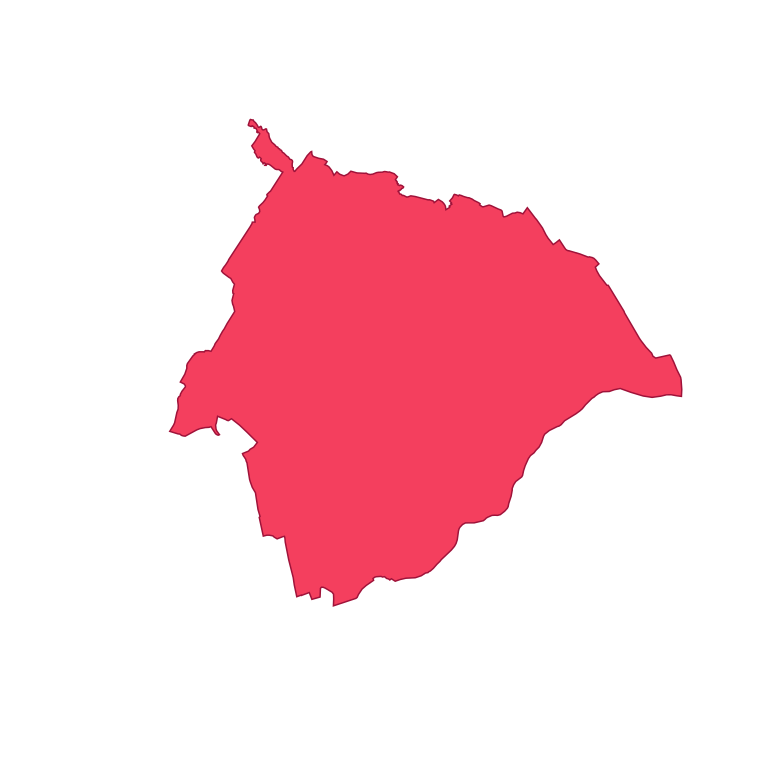 Leordeni, Arges, Romania (Equal Earth projection), rotated 303°
{"feature_id": "2599482B56240389829929", "entity_name": "Leordeni", "entity_type": "district", "adm_level": 2, "iso_a3": "ROU", "parent_name": "Romania", "parent_adm1": "Arges", "projection": "equal_earth", "projection_center": [25.165, 44.787], "detail": "fine", "context": "isolated", "style": "filled", "palette": "rose", "viewbox_px": 768, "rotation_deg": 303, "n_neighbors": 0, "source": "geoboundaries", "source_scale": "gbopen_adm2", "svg_char_len": 6171}
<svg xmlns="http://www.w3.org/2000/svg" viewBox="0 0 768 768"><g transform="rotate(303 384 384)"><path d="M508.9,584.6L511.5,595.6L515.1,607.9L518.8,616.1L524.5,622.7L528.8,626.8L531.4,630.7L533.6,636.0L535.6,640.2L541.6,636.7L549.4,630.8L551.2,629.1L555.5,621.8L560.2,615.0L563.6,609.4L564.0,608.7L564.0,607.8L553.7,597.7L553.8,594.4L555.6,591.7L557.5,583.9L560.2,576.2L561.4,573.3L574.6,547.1L575.7,545.7L588.9,518.3L588.2,517.1L592.2,505.7L594.8,500.8L597.1,497.6L601.8,498.8L603.2,494.3L603.7,491.7L603.5,489.9L602.5,487.0L601.6,486.1L599.8,477.6L596.4,466.3L596.1,466.0L595.8,464.4L595.9,463.0L596.7,461.0L600.4,452.6L595.9,451.1L593.1,449.9L595.6,442.3L597.4,438.4L601.2,431.9L602.8,427.9L605.2,421.8L605.2,421.3L609.9,408.2L602.4,407.9L601.8,404.8L600.6,402.1L598.8,400.8L597.2,398.7L591.3,395.3L589.5,393.6L589.5,392.8L590.0,392.1L593.3,388.9L593.6,387.9L593.6,387.2L593.0,384.6L591.9,376.7L591.4,375.0L591.2,374.6L586.8,370.9L586.2,369.9L586.3,366.6L587.5,366.4L587.6,364.7L587.0,359.6L587.1,357.3L586.5,353.9L585.8,352.6L584.6,348.5L584.2,346.2L583.5,344.1L582.3,343.9L582.1,342.0L581.4,339.8L580.9,339.6L577.4,340.0L573.3,339.4L572.7,341.8L571.9,341.7L571.8,342.9L568.7,341.8L568.5,342.8L567.7,342.8L563.9,341.0L566.5,338.7L567.3,337.4L568.0,335.7L568.5,333.6L568.4,329.1L563.4,327.3L564.3,326.0L563.4,322.1L562.4,320.6L558.2,308.0L556.4,304.0L554.1,302.3L553.2,301.3L552.8,297.7L552.0,296.6L552.5,295.6L552.3,294.4L551.9,293.7L553.0,291.9L553.1,291.0L553.4,290.8L554.7,291.4L554.7,291.8L556.7,292.4L557.5,292.3L558.0,292.8L559.2,293.3L560.0,293.1L560.2,291.1L559.9,289.8L559.4,289.0L558.9,288.9L558.6,287.0L559.6,286.8L559.3,286.0L559.5,285.7L560.6,285.2L560.8,284.7L560.6,284.3L561.3,283.7L561.3,282.9L561.6,282.3L565.1,282.4L565.9,278.0L564.8,273.1L564.0,272.2L563.0,269.7L562.3,268.5L560.8,267.3L558.5,264.0L557.2,262.6L553.9,260.3L552.1,258.2L551.3,256.3L551.1,254.1L550.4,253.4L546.3,246.4L544.4,240.3L540.4,239.4L537.1,237.4L536.6,236.4L535.8,232.5L536.3,228.9L531.8,228.3L534.5,224.1L536.1,219.7L536.2,217.6L535.7,214.9L538.1,215.2L539.6,215.1L539.6,210.9L537.7,206.2L536.3,200.7L537.2,198.6L539.6,196.7L538.7,196.1L533.7,195.2L523.8,195.3L516.6,193.7L513.8,193.4L513.4,192.9L514.5,190.9L516.0,190.0L515.9,189.2L516.3,188.7L518.6,187.1L520.6,186.3L521.5,185.4L521.7,184.2L521.2,182.8L522.3,180.1L522.2,178.2L523.1,174.3L523.0,172.6L524.1,170.7L523.8,169.4L524.3,168.4L524.0,167.2L524.7,166.1L524.5,163.8L525.1,162.3L525.6,158.3L527.8,154.3L528.7,153.2L531.2,151.0L531.9,148.5L533.8,146.6L533.7,146.0L531.6,144.7L531.2,144.1L531.1,143.3L531.5,142.6L532.6,141.4L533.0,140.6L532.9,140.2L531.2,139.5L531.0,139.0L531.0,138.5L532.0,136.9L533.2,133.9L533.4,131.9L534.2,130.5L533.7,129.7L533.1,127.9L532.2,127.8L527.2,129.1L527.0,129.9L527.6,132.4L528.6,132.7L528.9,133.2L528.6,133.6L528.8,134.3L528.7,135.2L527.9,135.7L528.7,137.4L527.0,140.2L526.4,139.9L526.0,140.1L525.9,141.0L526.6,141.4L526.4,143.3L526.1,143.5L517.1,143.8L511.7,143.4L510.1,146.6L509.4,148.8L507.8,149.1L507.0,151.3L505.3,153.8L505.0,155.4L505.3,155.7L506.5,156.1L506.3,157.6L506.0,158.4L505.1,158.4L504.3,158.9L503.9,159.7L503.6,161.6L502.8,162.7L503.1,162.9L504.3,163.0L504.3,164.4L504.0,164.9L502.5,165.0L503.2,166.1L504.8,166.0L505.6,167.8L505.6,170.0L505.0,175.7L505.4,177.1L506.6,179.1L506.7,179.7L506.3,181.9L506.6,183.7L483.7,183.8L483.3,183.5L479.2,182.6L478.7,182.8L478.3,184.0L473.4,184.0L470.3,183.7L465.7,182.6L464.0,182.5L462.5,184.6L460.9,185.9L458.8,185.9L456.4,184.4L455.1,184.3L453.4,184.5L452.9,184.7L451.7,186.0L449.6,187.7L448.0,185.4L446.7,185.9L442.7,186.1L403.9,186.0L402.0,186.3L397.7,186.3L394.4,186.0L390.3,186.2L389.6,188.1L389.4,189.4L389.0,196.0L389.1,198.0L387.0,201.9L386.3,204.2L380.0,206.2L377.9,207.8L378.0,208.7L371.3,211.0L368.7,213.4L367.2,215.5L363.5,219.3L349.2,219.5L343.1,220.0L340.3,219.9L335.6,220.2L331.7,220.7L326.0,220.4L323.4,220.9L317.2,221.1L316.2,218.2L315.3,217.2L315.1,216.4L314.5,215.9L313.2,215.9L310.3,211.4L308.5,209.9L306.3,208.8L306.3,209.1L303.2,208.4L294.1,208.0L292.2,208.5L289.7,210.1L283.8,211.6L274.7,212.1L275.2,216.4L274.4,218.3L273.4,219.0L267.9,218.5L264.4,218.8L263.8,219.3L262.9,219.4L261.6,218.9L259.5,219.0L257.7,220.0L254.0,223.1L250.8,225.0L247.3,225.8L237.5,229.5L235.0,229.9L227.6,230.1L230.0,238.5L230.8,240.0L230.6,242.1L231.1,243.9L232.0,245.7L243.6,252.0L246.4,254.0L250.1,257.8L252.4,260.9L254.0,262.1L250.5,269.9L250.5,272.0L251.0,273.1L251.9,273.6L253.5,269.4L254.7,267.7L257.9,265.1L260.0,264.6L266.3,262.0L268.0,270.7L268.1,272.4L268.6,273.5L271.8,275.0L270.8,285.4L268.9,295.7L266.0,309.6L260.0,309.1L256.4,307.3L253.9,306.9L248.6,303.2L247.4,304.8L245.6,309.0L244.2,310.5L243.3,312.0L230.7,323.3L229.1,325.2L225.6,329.8L222.8,335.4L210.1,346.7L205.4,352.2L204.2,352.0L190.7,365.6L193.4,368.1L194.7,370.1L196.1,373.4L195.8,375.2L195.9,378.7L200.9,382.3L202.0,383.5L200.7,384.9L197.6,387.3L184.6,399.9L172.2,413.3L166.6,418.2L158.1,426.7L161.9,429.6L161.7,429.9L168.4,434.9L164.1,440.8L170.5,446.4L178.0,442.0L179.5,442.2L180.4,443.7L180.8,446.0L181.1,453.8L180.3,456.1L176.3,458.9L170.4,462.4L188.9,477.2L190.4,477.7L193.6,477.2L200.1,477.3L205.4,478.8L213.7,482.2L214.9,480.7L216.9,481.4L218.1,482.4L220.6,485.7L221.1,486.5L221.3,487.9L222.6,489.2L222.6,490.7L222.3,491.9L223.0,494.1L222.8,495.6L224.7,496.3L224.7,500.8L228.9,504.1L233.1,508.2L238.6,515.8L243.5,519.7L248.0,521.7L249.8,523.6L250.9,523.8L252.4,524.7L256.3,525.8L261.4,526.5L265.7,527.5L268.0,527.7L281.4,530.9L286.2,531.5L289.5,531.3L293.2,530.3L301.5,526.4L303.6,525.8L305.2,525.7L309.0,526.4L311.9,528.0L316.7,535.3L323.5,541.8L326.0,542.6L327.0,542.7L328.7,543.5L332.6,546.1L334.3,548.4L335.7,550.8L337.8,552.7L343.1,554.5L347.0,555.1L348.8,554.9L351.7,553.7L359.2,551.7L364.7,549.4L366.3,548.4L370.2,547.6L374.0,547.6L381.1,550.1L382.8,550.0L387.5,548.2L392.4,546.9L400.1,545.7L403.7,545.8L408.0,547.3L411.1,547.5L415.5,548.4L420.9,548.0L427.0,546.3L429.4,546.1L435.1,548.0L442.7,552.5L444.0,553.7L446.3,554.7L451.6,555.5L463.6,561.2L468.1,562.9L471.3,563.8L476.3,564.3L485.2,566.2L487.4,567.3L489.8,567.9L492.9,569.2L496.7,571.7L500.4,577.0L504.7,580.3L508.9,584.6Z" fill="#f43f5e" stroke="#9f1239" stroke-width="1.5"/></g></svg>